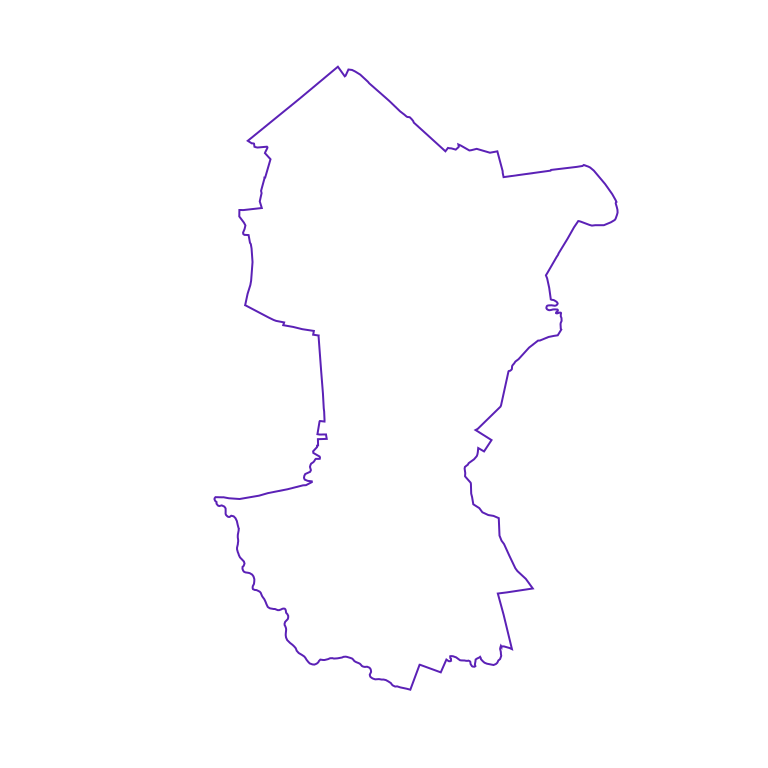 Sintea Mare, Arad, Romania, rotated 18°
{"feature_id": "2599482B97863351949549", "entity_name": "Sintea Mare", "entity_type": "district", "adm_level": 2, "iso_a3": "ROU", "parent_name": "Romania", "parent_adm1": "Arad", "projection": "equal_earth", "projection_center": [21.626, 46.508], "detail": "fine", "context": "isolated", "style": "outline", "palette": "violet", "viewbox_px": 768, "rotation_deg": 18, "n_neighbors": 0, "source": "geoboundaries", "source_scale": "gbopen_adm2", "svg_char_len": 6160}
<svg xmlns="http://www.w3.org/2000/svg" viewBox="0 0 768 768"><g transform="rotate(18 384 384)"><path d="M399.7,672.7L402.5,672.8L404.4,672.4L405.6,671.5L406.6,670.5L407.5,669.0L407.7,667.7L408.6,665.8L411.4,665.3L412.7,664.9L415.9,662.9L417.3,661.6L418.2,661.2L419.6,660.7L421.2,660.6L424.5,659.3L428.6,657.1L429.8,656.0L431.7,655.2L432.9,655.0L436.8,654.9L438.7,655.0L439.8,655.6L441.5,656.7L443.4,657.1L446.2,657.3L447.5,657.5L448.7,658.1L450.1,659.0L451.5,659.2L453.2,659.0L455.3,658.1L457.8,658.3L459.1,659.1L459.9,660.1L460.7,661.8L460.3,664.9L461.0,666.1L461.7,666.8L463.5,667.4L464.7,667.6L466.9,667.6L470.4,666.2L473.2,665.8L475.0,665.2L477.3,665.0L479.9,665.5L482.9,666.3L484.5,667.5L485.7,668.0L488.1,668.3L490.0,667.5L493.2,667.5L499.8,666.8L503.5,666.6L504.6,640.0L504.9,639.9L527.1,640.7L528.5,626.8L531.2,627.6L532.5,627.3L533.2,626.6L532.9,626.3L533.0,625.7L532.6,624.6L531.8,624.2L531.1,622.5L531.7,622.1L533.7,621.6L537.1,621.7L541.6,623.2L542.9,623.0L545.9,622.1L547.5,621.9L548.7,621.6L549.8,621.0L551.0,621.1L551.8,621.4L553.0,623.7L554.9,625.2L555.9,625.3L557.5,624.9L558.1,624.1L557.1,622.6L556.7,619.7L556.3,617.7L557.3,616.4L559.3,614.5L559.7,613.8L560.6,614.6L561.3,615.8L563.6,617.1L565.7,618.0L568.3,618.2L575.0,617.4L576.9,615.8L577.9,614.1L578.2,611.6L579.4,609.7L579.5,606.3L578.7,604.8L577.9,602.7L576.3,600.1L576.1,598.5L576.1,596.9L576.9,597.6L576.8,597.2L579.2,596.5L585.0,596.3L587.6,596.6L569.0,566.4L557.0,548.1L565.3,544.2L588.7,532.5L579.1,525.5L568.7,520.7L565.9,518.7L556.4,508.7L547.6,499.1L544.2,496.7L540.7,492.5L534.6,476.1L528.9,475.6L523.7,476.4L517.2,475.6L513.0,472.6L506.1,470.8L502.7,464.3L500.8,461.3L497.5,452.1L496.9,451.1L490.3,447.2L489.6,446.7L488.8,443.6L486.8,439.5L486.6,437.9L487.8,436.0L488.6,435.0L489.0,433.1L492.9,427.8L494.5,424.0L494.6,422.2L494.3,419.9L493.4,415.8L500.0,417.2L503.6,404.1L485.3,399.5L487.0,397.7L501.8,369.5L501.9,368.0L498.5,333.5L498.8,333.0L499.9,332.4L500.7,331.2L501.0,330.2L500.3,327.4L500.6,326.1L501.4,324.3L502.0,322.1L504.3,318.8L510.7,304.6L517.1,295.1L518.8,294.5L526.0,288.4L530.8,285.7L534.2,284.0L535.8,277.4L535.1,276.9L533.4,272.5L533.2,271.4L533.4,269.1L532.4,266.4L531.2,265.0L530.6,263.0L530.5,262.0L530.2,261.6L529.6,261.6L529.0,261.8L526.9,263.3L526.1,263.5L525.7,263.4L525.6,263.0L525.7,262.5L526.2,261.7L526.7,260.7L526.6,260.2L526.2,259.7L525.8,259.6L522.9,260.4L521.5,261.0L519.8,262.1L518.5,262.7L517.8,262.8L516.6,262.7L515.8,262.4L515.1,261.8L514.8,261.0L514.8,259.7L515.2,259.0L516.2,258.4L518.9,257.4L522.3,256.8L523.1,256.3L523.8,255.6L524.3,254.4L524.3,253.8L523.7,253.1L522.7,252.5L521.2,252.1L520.0,251.8L518.9,251.8L517.5,252.1L516.5,252.0L511.4,241.5L506.5,233.1L504.4,230.6L505.1,227.7L508.9,209.9L509.7,207.0L509.6,206.2L513.7,189.0L516.3,176.2L518.4,169.0L519.7,168.8L521.2,168.8L530.2,169.2L532.8,169.1L535.6,167.8L543.6,165.2L544.2,164.9L549.8,160.1L552.6,156.9L553.0,156.1L553.2,155.0L553.3,151.4L553.2,148.9L552.2,146.2L550.8,143.9L548.6,140.7L548.4,139.5L548.8,139.0L547.6,137.7L542.4,132.9L532.5,125.5L517.6,116.2L513.1,114.4L511.1,114.1L506.3,114.0L505.4,115.3L500.1,118.0L476.7,128.8L476.5,129.6L433.8,150.3L431.7,146.6L431.0,144.8L419.9,127.7L413.3,131.3L399.5,131.7L394.7,134.7L393.0,135.5L383.4,133.5L380.7,133.2L381.8,135.2L381.7,135.7L379.8,138.9L375.2,139.1L373.2,139.6L371.9,139.7L370.5,143.7L331.6,126.2L330.5,124.9L328.7,123.7L326.2,122.4L325.4,122.4L323.9,122.8L322.9,122.7L320.3,121.6L315.0,119.7L301.2,113.0L277.0,102.6L275.5,101.6L265.8,97.1L260.0,95.7L256.6,95.2L253.0,95.9L252.2,102.6L251.6,103.5L242.1,96.5L215.3,139.1L179.3,194.8L183.9,196.0L185.0,195.6L186.1,195.6L187.5,198.4L188.9,198.4L190.6,198.2L199.3,194.5L200.0,194.9L200.1,195.8L199.5,199.9L199.4,201.2L206.6,205.3L207.2,224.4L206.5,224.6L206.8,225.8L207.4,238.3L208.6,240.3L209.4,248.7L213.4,254.4L196.6,262.0L192.7,263.2L194.6,269.4L200.9,273.8L203.2,276.0L203.5,279.7L203.2,283.6L203.8,284.8L205.1,285.3L209.2,284.2L212.9,291.1L214.1,292.1L216.2,296.1L221.3,308.7L225.7,326.8L226.3,331.2L226.4,340.4L227.6,352.0L228.0,352.0L253.6,356.4L259.3,357.2L261.9,357.3L270.0,356.3L270.0,359.2L279.9,357.8L289.4,357.1L300.9,355.2L301.4,359.0L306.8,358.1L306.8,358.3L319.9,390.3L328.9,412.0L334.2,425.7L335.6,428.7L338.7,437.0L339.0,438.1L334.9,438.9L334.4,439.1L334.3,439.6L336.2,452.3L338.3,452.0L344.4,449.9L346.5,453.9L338.2,456.9L340.3,462.8L339.4,463.3L339.8,464.7L337.4,469.9L338.1,471.4L345.2,472.9L345.9,473.9L346.0,475.0L344.7,475.5L342.4,476.2L341.9,477.0L341.5,478.8L341.0,480.1L339.3,482.3L339.1,483.8L339.2,485.7L341.1,488.5L340.9,490.3L336.9,494.0L336.6,496.0L336.9,498.0L338.1,499.4L341.3,499.7L345.4,498.9L345.7,499.6L341.1,504.3L338.3,505.4L324.8,513.9L307.4,523.6L299.7,528.8L282.2,538.0L271.8,540.6L266.5,541.3L264.7,541.9L258.7,543.7L258.2,545.1L258.5,546.2L259.7,547.4L261.2,548.0L261.7,549.6L263.6,550.9L265.0,551.0L267.2,549.6L269.9,549.9L271.0,550.6L271.8,551.3L272.5,553.3L273.5,556.5L274.4,557.5L276.1,558.3L277.0,558.5L278.3,558.1L279.4,556.5L281.9,556.3L284.2,557.5L286.4,559.8L288.4,563.2L290.2,566.0L290.7,566.5L290.7,567.2L291.0,568.1L291.6,572.7L292.3,575.0L293.5,577.4L294.0,578.9L294.2,580.4L294.5,581.4L294.8,585.0L295.3,586.6L297.0,589.2L297.9,590.2L298.8,591.5L300.6,593.4L305.6,596.1L306.3,597.1L306.8,597.8L306.8,599.1L306.7,600.4L306.0,601.6L306.5,603.5L307.7,605.0L308.8,605.8L310.4,606.0L313.3,605.5L314.8,605.4L317.5,606.0L319.3,607.3L320.1,608.4L321.0,609.7L321.6,611.7L322.1,614.3L321.7,616.8L321.9,618.0L322.3,619.0L322.8,619.6L324.7,619.8L326.4,619.4L327.4,619.5L329.9,619.9L331.2,620.6L333.5,623.3L334.6,624.2L336.6,625.6L338.6,627.7L340.4,629.9L342.3,631.9L343.1,632.2L344.8,632.6L348.5,632.1L349.7,631.7L352.8,631.9L354.1,631.5L355.7,630.3L356.8,629.2L357.5,628.8L358.2,628.5L359.0,628.4L359.7,628.7L360.5,629.6L361.6,631.8L363.3,632.8L364.6,634.2L365.1,636.0L365.1,637.4L363.5,640.7L363.5,642.7L364.0,644.0L365.0,644.9L366.3,646.6L366.9,648.0L367.6,651.3L368.1,653.2L369.2,655.4L371.1,657.5L374.7,659.3L377.5,660.3L379.6,661.3L381.6,662.5L382.5,663.5L383.3,664.6L386.0,666.2L389.6,667.0L392.4,667.8L394.2,669.0L395.4,670.1L397.8,671.7L399.7,672.7Z" fill="none" stroke="#5b21b6" stroke-width="2"/></g></svg>